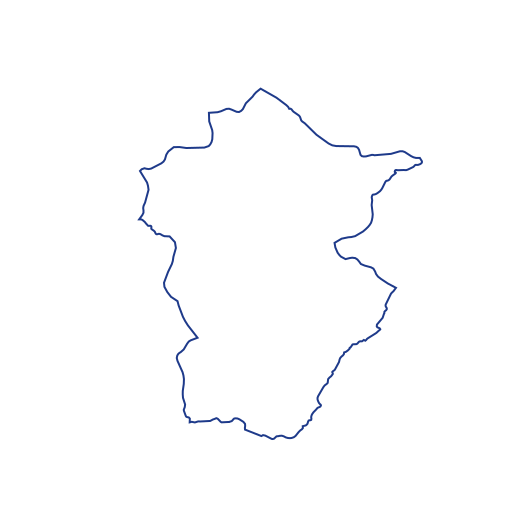 outline of Cuanza Sul, rotated 125°
{"feature_id": "AGO-1879", "entity_name": "Cuanza Sul", "entity_type": "Province", "adm_level": 1, "iso_a3": "AGO", "parent_name": "Angola", "parent_adm1": "", "projection": "albers", "projection_center": [15.061, -10.94], "detail": "fine", "context": "isolated", "style": "outline", "palette": "blue", "viewbox_px": 512, "rotation_deg": 125, "n_neighbors": 0, "source": "natural_earth", "source_scale": "10m", "svg_char_len": 4919}
<svg xmlns="http://www.w3.org/2000/svg" viewBox="0 0 512 512"><g transform="rotate(125 256 256)"><path d="M116.3,348.2L114.6,330.1L115.0,317.8L115.4,315.2L116.4,313.2L115.5,312.2L115.5,310.9L116.0,309.5L116.3,308.1L116.3,301.9L116.4,300.9L116.9,299.6L119.0,296.7L119.3,295.3L119.3,292.2L122.0,276.0L122.1,269.4L122.2,261.1L121.6,257.0L119.9,253.3L109.9,238.6L109.0,236.4L109.0,234.5L109.9,232.5L113.2,228.4L113.5,226.6L112.7,224.8L111.3,223.0L106.7,219.1L106.0,218.0L105.5,216.7L94.9,204.0L87.7,198.2L86.1,195.9L85.5,193.8L85.2,186.1L84.8,183.6L83.9,181.2L81.7,178.1L83.1,174.7L83.4,174.3L83.9,173.9L84.5,173.7L85.4,173.8L86.7,174.3L88.4,175.5L89.1,176.4L89.5,177.1L89.9,177.6L90.6,177.9L91.9,178.0L93.0,178.3L98.3,181.3L99.6,182.3L100.2,183.3L100.9,184.4L104.3,188.9L105.2,190.6L105.7,191.0L106.3,191.1L107.4,190.7L107.7,190.3L107.6,189.8L107.5,189.4L107.7,189.1L108.5,189.1L111.6,190.2L113.2,190.6L116.6,190.5L117.7,190.8L118.8,191.4L119.2,192.0L120.1,192.5L121.4,192.5L127.9,191.5L129.7,191.4L131.8,191.6L134.9,192.6L136.6,193.4L137.7,194.3L138.3,195.0L138.7,195.4L139.1,195.5L139.7,195.5L140.8,195.2L141.5,194.9L143.7,192.8L147.9,190.5L154.9,184.3L157.5,182.8L160.2,181.6L162.8,180.8L165.4,180.7L167.9,180.9L171.1,181.5L174.6,182.4L182.9,186.2L185.8,188.8L187.8,191.2L192.7,195.8L200.2,199.2L203.5,195.9L206.5,191.0L207.4,188.2L207.8,186.0L207.2,180.9L203.9,178.0L202.2,176.2L200.8,173.5L200.7,171.0L201.4,168.3L202.4,165.5L201.5,161.4L199.3,155.3L199.0,152.6L200.4,149.5L201.9,147.3L202.9,144.3L203.1,140.4L202.9,132.2L201.8,123.1L205.9,123.2L208.3,123.7L209.5,123.8L221.4,121.9L222.2,121.5L222.9,120.8L223.7,119.0L224.5,118.4L225.8,118.3L226.9,118.7L228.1,118.8L229.4,118.0L230.0,118.0L234.0,116.8L242.8,117.6L244.4,116.7L244.8,115.7L244.3,113.3L244.7,112.2L245.5,112.2L246.7,112.6L250.0,113.3L259.0,117.1L260.1,117.5L261.7,117.6L262.7,117.9L262.9,119.5L265.0,120.2L265.6,120.9L266.0,121.6L266.7,122.2L267.4,122.5L269.5,122.7L270.5,123.1L271.1,123.8L272.6,125.8L273.2,126.2L275.6,126.1L276.9,126.2L277.4,126.6L278.4,126.2L280.7,126.6L283.0,127.4L284.4,128.5L286.1,127.7L287.7,127.8L289.4,128.3L291.2,128.5L292.7,128.2L295.2,127.2L303.8,126.2L304.6,126.3L306.3,126.9L307.3,127.0L307.5,126.8L307.8,126.2L308.2,125.7L308.7,125.4L311.4,125.5L313.5,126.1L315.5,126.3L318.8,124.5L320.2,124.7L322.6,125.5L324.8,125.6L335.3,124.7L337.0,124.2L338.4,123.1L339.5,121.5L340.3,120.0L340.6,118.8L340.7,117.8L341.0,117.2L342.2,116.9L343.1,117.2L344.6,118.2L345.3,118.5L347.5,118.7L351.1,119.3L353.2,119.3L354.5,119.1L355.7,118.7L356.7,118.1L357.5,117.3L358.6,116.8L359.4,117.3L360.0,118.1L360.6,118.5L362.0,118.3L363.0,117.9L364.0,117.6L365.5,117.8L366.3,118.1L368.6,120.1L370.1,118.9L371.6,119.0L373.5,119.7L375.9,120.1L380.7,120.4L382.8,121.1L384.7,122.5L385.8,123.8L386.8,125.5L387.5,127.5L387.8,129.9L388.4,131.8L389.7,133.4L391.0,134.6L391.6,135.4L392.1,135.8L394.6,136.3L395.4,136.5L396.4,137.4L396.8,138.1L397.8,145.4L398.7,147.5L400.4,148.3L404.5,165.4L403.2,166.5L401.4,167.4L399.8,168.7L399.1,171.2L399.3,175.9L399.7,177.9L400.6,179.5L401.2,180.2L401.8,180.7L402.7,180.9L404.1,181.0L405.2,181.2L406.0,181.8L406.6,182.3L407.1,182.5L412.0,188.8L412.1,189.9L411.3,193.8L411.5,195.3L412.2,195.9L413.0,196.3L414.6,197.5L417.4,198.9L423.8,207.1L424.2,207.9L424.8,208.6L427.4,210.6L428.7,213.6L429.5,214.2L430.3,214.9L427.2,216.9L427.0,217.5L426.8,218.3L427.0,219.0L427.3,219.6L427.6,220.6L427.6,221.1L427.2,221.9L424.2,226.2L423.6,226.8L423.3,227.0L420.6,227.7L418.3,228.9L414.0,234.5L411.3,236.7L408.5,238.6L402.2,241.8L398.2,244.4L395.5,246.9L393.3,249.5L386.9,260.2L385.0,262.4L382.7,263.4L380.8,263.5L379.5,263.2L377.8,262.5L374.0,261.6L367.3,262.1L364.6,262.0L362.5,261.1L356.5,257.0L351.9,272.0L349.9,276.8L347.7,281.0L340.9,291.0L338.0,294.4L338.2,302.2L336.4,308.0L333.8,313.3L330.7,316.0L319.5,318.9L310.9,320.3L307.8,321.3L304.0,323.2L295.4,326.2L291.2,330.3L289.5,338.0L292.3,342.4L292.8,344.6L292.8,345.6L293.0,347.1L293.3,347.9L293.8,348.6L294.4,349.0L295.1,349.7L295.3,350.3L295.2,350.9L295.0,351.4L294.7,351.9L294.1,352.9L294.0,353.5L293.9,354.2L293.9,356.3L293.9,357.0L293.6,357.5L293.2,357.8L292.6,358.1L292.1,358.4L291.7,359.0L291.7,359.5L291.9,360.0L292.7,361.0L293.1,361.6L293.1,362.2L292.7,363.5L292.6,364.3L291.9,366.6L291.6,369.6L291.8,370.8L292.1,371.4L293.0,372.7L287.6,372.6L285.1,373.0L283.2,374.3L281.7,375.7L280.7,376.3L279.2,376.9L275.9,377.5L263.4,382.0L260.4,384.8L258.3,387.4L252.9,399.8L250.5,399.4L248.1,397.7L247.4,395.8L246.3,393.7L244.5,392.0L234.4,386.7L231.7,385.9L229.1,386.0L224.4,387.6L220.7,387.8L214.0,385.8L210.6,381.1L207.5,375.0L196.8,360.5L193.1,357.8L190.9,357.5L188.1,357.8L185.4,358.8L180.2,362.1L178.0,364.1L172.6,371.5L165.7,376.7L160.3,370.0L157.5,367.7L152.5,364.6L150.8,362.5L150.1,360.0L149.0,354.6L147.8,352.5L145.6,351.4L143.2,351.0L136.7,351.9L127.4,350.2L124.8,350.2L121.8,349.8L116.3,348.2L116.3,348.2Z" fill="none" stroke="#1e3a8a" stroke-width="2"/></g></svg>